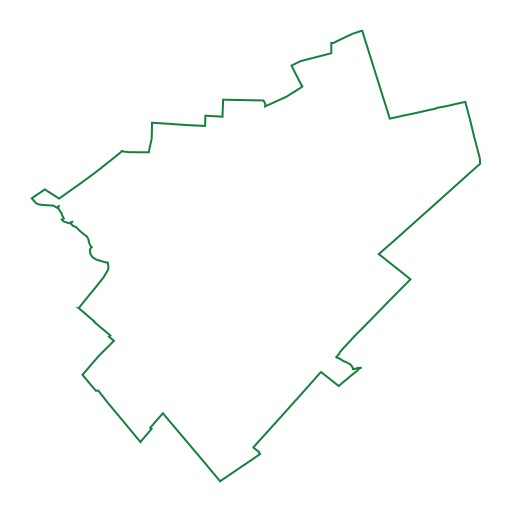 Petrachioaia, Ilfov, Romania
{"feature_id": "2599482B53954668792561", "entity_name": "Petrachioaia", "entity_type": "district", "adm_level": 2, "iso_a3": "ROU", "parent_name": "Romania", "parent_adm1": "Ilfov", "projection": "natural_earth1", "projection_center": [26.331, 44.59], "detail": "fine", "context": "isolated", "style": "outline", "palette": "green", "viewbox_px": 512, "rotation_deg": 0, "n_neighbors": 0, "source": "geoboundaries", "source_scale": "gbopen_adm2", "svg_char_len": 4681}
<svg xmlns="http://www.w3.org/2000/svg" viewBox="0 0 512 512"><path d="M331.4,42.9L331.4,43.0L331.3,43.4L331.3,44.0L331.3,45.2L331.3,48.6L331.3,52.4L331.3,53.2L329.5,53.7L327.8,54.1L323.7,55.2L321.8,55.7L319.9,56.2L316.6,57.0L312.8,58.0L305.7,59.8L303.3,60.4L301.2,61.0L300.6,61.1L291.5,65.6L298.6,79.6L300.7,83.7L301.8,85.6L302.4,86.2L302.3,86.6L300.4,87.9L286.1,96.9L265.1,106.4L265.2,105.4L265.4,104.2L264.7,102.8L263.5,100.5L249.3,100.2L223.1,99.7L222.5,116.7L205.4,115.7L205.1,125.9L204.3,125.9L204.1,125.9L187.1,125.1L171.5,124.0L170.4,123.9L170.2,123.9L157.8,123.1L152.0,122.7L152.0,124.1L151.9,131.6L151.8,135.2L151.7,136.2L151.7,138.7L149.5,148.7L148.8,152.3L129.3,152.2L128.5,152.1L126.7,151.9L124.0,151.6L122.6,151.5L122.3,151.4L122.2,151.0L121.9,151.0L121.6,151.2L119.9,153.0L117.4,155.0L109.8,161.1L104.2,165.5L102.6,166.8L99.5,169.3L94.1,173.4L83.0,181.6L59.1,198.6L57.0,197.2L46.8,190.7L44.9,189.4L44.5,189.7L43.7,190.2L42.3,191.2L40.9,192.1L39.5,193.1L38.9,193.5L38.1,194.0L37.5,194.4L35.9,195.4L35.5,195.7L34.4,196.5L33.8,196.9L32.9,197.6L31.8,198.3L36.0,203.2L38.7,204.4L42.4,204.9L46.0,205.2L53.4,205.6L56.9,207.7L57.9,207.3L58.1,206.5L58.6,206.3L58.1,208.2L61.0,212.5L61.7,213.6L62.4,216.0L62.8,216.4L63.8,218.5L61.8,219.6L62.0,219.8L62.7,220.7L63.2,221.2L67.1,222.7L68.9,223.2L69.5,223.1L70.2,222.7L72.2,221.7L72.3,221.8L71.0,223.0L70.8,223.4L70.9,223.8L72.6,225.3L72.7,225.7L74.2,226.4L75.7,226.9L78.2,229.1L79.3,230.4L80.7,231.6L83.6,234.0L87.1,236.7L87.8,238.1L88.7,240.2L88.6,240.4L88.9,241.9L89.3,243.1L90.2,245.4L91.7,247.4L90.8,247.8L90.1,249.2L89.9,251.5L90.4,253.8L91.1,255.0L92.2,256.8L92.7,257.3L95.7,259.3L95.8,259.4L96.3,259.6L97.1,259.8L97.4,260.0L97.7,260.1L97.8,260.0L102.3,261.4L105.4,262.4L107.4,262.4L107.7,262.7L107.9,263.1L108.0,263.3L108.1,264.6L108.2,265.4L108.3,266.3L108.3,267.3L108.3,267.9L108.3,268.5L107.9,270.1L107.2,271.3L106.8,271.9L103.5,277.5L92.2,291.6L89.4,294.8L86.6,298.4L81.6,304.5L80.6,305.8L78.8,308.1L78.7,308.1L79.0,308.3L80.8,309.9L82.1,311.0L85.5,313.9L89.0,316.9L90.9,318.5L93.7,320.9L94.5,321.6L94.3,321.9L94.6,322.2L94.9,322.5L96.9,324.2L99.9,326.8L101.7,328.3L104.2,330.3L105.7,331.6L108.3,333.7L110.3,335.5L109.0,336.6L111.5,338.8L113.2,340.2L113.9,340.8L103.0,351.7L100.4,354.3L99.8,354.9L99.1,355.6L97.1,357.9L92.4,363.3L84.8,372.2L82.5,374.8L86.5,379.7L88.6,382.2L90.1,384.0L91.1,385.2L92.0,386.2L92.9,387.2L94.6,389.2L96.0,390.8L96.6,390.8L97.3,390.6L98.1,390.5L98.5,390.8L98.7,391.0L100.0,392.8L101.5,394.7L107.5,402.4L117.1,413.9L127.6,426.5L130.8,430.4L140.4,442.0L151.6,428.9L150.2,427.8L159.3,417.3L162.9,413.3L178.3,431.6L184.1,438.4L193.3,449.3L202.5,460.2L215.7,476.0L219.6,480.6L220.1,481.3L222.5,479.6L226.0,477.2L233.3,472.3L236.5,470.1L251.0,460.3L251.3,460.1L252.2,459.5L256.9,456.2L260.1,454.1L259.8,453.6L259.2,452.9L258.8,452.4L258.6,452.1L258.6,451.9L258.8,451.8L258.7,451.7L257.7,450.9L256.2,449.8L253.6,447.8L253.4,447.3L263.6,436.0L265.8,433.6L277.6,420.5L289.1,407.7L290.9,405.7L303.9,391.2L312.0,382.1L320.1,372.9L321.1,372.1L338.7,386.0L342.9,382.4L345.4,380.4L348.7,377.6L351.9,374.9L353.0,374.0L354.5,372.8L357.4,370.6L357.6,370.4L359.1,368.7L361.6,367.5L359.6,368.0L358.8,368.0L357.4,368.1L355.3,368.8L353.6,369.1L352.9,369.1L352.9,368.6L352.9,367.9L352.5,367.4L351.6,365.8L350.7,364.8L349.6,363.9L348.6,363.4L347.6,362.9L346.4,362.3L345.3,361.8L344.2,361.4L343.3,360.9L342.3,360.4L340.9,359.4L340.5,359.1L340.0,358.9L339.6,358.6L338.7,358.3L337.9,358.0L336.7,357.5L336.3,357.2L339.7,353.0L339.9,352.2L342.7,348.9L353.4,337.4L355.0,335.7L357.3,333.3L361.5,329.2L364.7,325.9L365.2,325.4L366.4,324.1L369.3,321.3L385.9,304.2L387.9,302.1L410.5,279.3L410.4,279.2L401.5,272.1L378.8,254.1L379.3,253.7L383.8,249.7L394.8,240.1L409.2,227.2L428.7,209.8L440.1,199.6L443.8,196.3L455.9,185.4L460.6,181.2L462.7,179.3L471.6,171.3L475.8,167.6L480.0,163.9L480.2,163.7L480.2,163.4L480.2,163.0L480.2,162.9L480.1,162.5L480.0,162.2L479.9,160.0L479.9,159.4L479.6,157.2L479.1,155.7L478.2,152.2L476.9,147.0L476.6,146.1L476.4,145.2L474.4,137.7L470.8,122.9L469.5,117.6L469.1,116.2L465.3,101.9L462.3,102.5L459.1,103.3L457.1,103.7L455.2,104.1L452.7,104.7L450.3,105.3L445.2,106.4L442.9,106.8L439.6,107.4L437.4,107.8L436.7,108.0L436.3,108.2L435.7,108.6L435.0,108.8L433.6,109.1L430.4,109.7L428.2,110.2L423.0,111.4L416.4,112.9L414.3,113.3L412.8,113.7L409.8,114.3L404.8,115.3L403.8,115.5L402.7,115.8L401.6,116.0L399.7,116.4L399.5,116.5L390.8,118.4L389.8,118.6L389.6,118.0L384.3,101.1L383.2,97.8L380.7,89.7L379.0,84.2L378.9,84.0L369.8,55.0L364.8,39.1L362.9,32.9L362.3,30.9L362.1,30.7L353.0,33.6L346.9,36.4L343.4,38.1L338.6,40.4L333.3,43.0L332.7,43.0L331.4,42.9Z" fill="none" stroke="#15803d" stroke-width="2"/></svg>